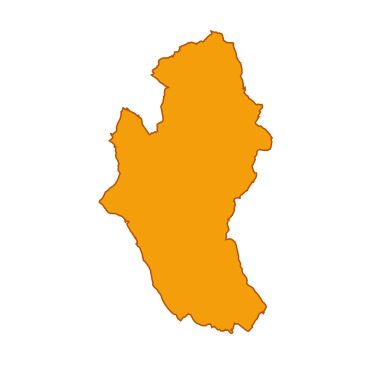 the district of Cepari, Arges, Romania, rotated 74°
{"feature_id": "2599482B57703941239263", "entity_name": "Cepari", "entity_type": "district", "adm_level": 2, "iso_a3": "ROU", "parent_name": "Romania", "parent_adm1": "Arges", "projection": "robinson", "projection_center": [24.502, 45.211], "detail": "fine", "context": "isolated", "style": "filled", "palette": "amber", "viewbox_px": 384, "rotation_deg": 74, "n_neighbors": 0, "source": "geoboundaries", "source_scale": "gbopen_adm2", "svg_char_len": 6002}
<svg xmlns="http://www.w3.org/2000/svg" viewBox="0 0 384 384"><g transform="rotate(74 192 192)"><path d="M312.7,238.3L310.2,235.1L310.2,233.1L308.1,229.3L309.6,227.1L313.8,226.3L316.8,225.3L319.6,223.5L323.5,218.5L323.9,216.6L324.4,215.6L323.8,214.5L323.6,212.5L324.2,210.6L326.1,210.3L327.8,210.3L327.3,207.8L331.8,205.0L331.8,203.2L333.5,202.6L334.4,199.6L333.2,197.8L334.5,197.3L334.4,196.5L334.2,196.2L334.2,195.7L337.9,194.0L338.8,193.0L338.4,191.9L337.8,191.4L337.0,191.4L336.1,191.8L335.5,192.5L334.9,192.5L334.7,192.0L335.2,191.1L334.8,190.3L329.9,187.4L331.1,186.4L331.2,184.3L340.6,177.4L341.4,176.0L338.5,171.1L337.1,171.4L335.6,169.1L332.9,166.5L331.9,164.4L327.5,160.8L327.4,159.7L326.7,158.0L328.5,157.1L327.5,155.9L326.9,156.3L326.3,156.1L326.0,155.1L322.8,152.1L319.0,153.0L316.5,154.8L314.9,154.8L308.4,157.0L305.5,158.6L301.0,159.9L296.9,163.8L294.9,164.6L292.4,163.5L289.6,163.3L286.5,164.4L284.6,165.5L282.3,165.8L279.6,165.0L278.4,165.6L276.7,166.0L274.3,165.0L269.7,165.9L267.1,165.0L255.1,164.2L251.6,164.7L248.9,166.6L247.5,168.3L247.0,172.8L244.0,171.1L241.8,170.9L241.1,170.2L238.6,166.9L232.3,167.0L228.1,164.6L228.6,164.3L228.4,164.3L227.2,163.0L226.7,162.0L226.4,161.1L225.7,160.6L225.5,159.9L225.3,159.9L224.9,159.3L224.4,159.2L224.1,158.7L221.6,156.4L220.3,156.2L218.4,155.6L217.0,154.3L215.7,153.6L215.0,154.1L212.7,153.5L212.3,154.5L210.5,153.2L209.8,151.3L210.3,149.1L211.1,148.2L211.2,147.5L209.8,147.6L208.2,145.5L208.2,144.5L206.2,140.6L205.7,138.5L203.3,136.3L199.0,131.3L199.5,130.3L197.4,128.6L195.7,126.6L193.3,125.1L191.5,124.9L191.1,126.3L189.7,126.9L184.1,127.3L183.1,126.9L182.1,125.5L178.3,122.3L176.2,122.4L174.0,119.5L172.3,118.8L171.3,118.7L170.0,117.3L169.8,115.0L171.6,112.0L172.7,107.7L172.4,105.4L170.9,103.9L169.5,103.4L168.8,102.8L165.6,101.5L162.7,101.3L162.4,100.1L157.3,101.6L153.8,103.3L151.2,104.8L150.5,105.8L147.4,107.8L147.3,109.6L143.6,112.2L142.5,111.8L138.2,106.8L137.8,107.7L137.0,107.4L134.0,104.0L132.7,104.9L131.8,103.8L130.4,101.3L128.7,100.4L127.2,100.7L126.7,103.2L125.8,104.0L126.0,105.2L125.6,106.3L120.5,109.0L118.1,111.1L116.5,111.7L115.1,111.8L114.2,113.0L112.0,113.9L111.3,114.7L109.9,113.9L108.5,112.6L106.0,112.3L107.4,114.1L106.5,114.6L105.7,113.5L104.3,113.8L103.3,113.2L100.7,112.8L100.1,113.0L98.8,112.6L94.0,113.5L91.6,111.3L87.8,110.2L81.2,109.8L80.8,110.5L76.1,111.7L74.1,111.9L71.1,111.3L64.6,112.0L61.9,111.8L60.6,111.0L59.4,112.3L59.7,112.7L57.7,117.7L56.2,118.7L55.0,120.0L54.5,120.1L53.9,119.6L53.5,119.5L52.9,119.7L49.5,119.6L48.1,120.1L47.8,120.7L46.7,121.8L46.7,123.1L46.5,123.6L46.0,124.0L45.2,124.3L44.8,125.0L44.9,125.7L44.8,126.2L42.6,129.4L45.0,129.2L45.4,129.4L45.8,130.0L45.8,131.1L46.8,132.9L46.7,133.0L47.3,134.5L48.0,135.4L48.7,136.0L48.8,136.9L50.7,140.0L50.6,140.5L49.6,141.3L49.5,141.6L49.5,142.9L50.1,144.0L50.6,146.8L51.0,147.2L50.1,147.5L49.9,148.2L48.7,149.8L48.0,151.2L47.8,151.8L48.1,153.0L47.6,154.6L48.6,157.5L48.7,160.1L48.6,161.2L49.1,162.2L49.4,164.0L49.8,164.3L51.8,164.4L52.1,165.6L53.2,166.0L53.3,166.8L52.7,170.2L54.6,170.9L55.2,171.6L55.4,172.5L56.5,172.6L56.8,172.8L56.4,173.6L55.6,174.3L56.1,174.9L56.2,175.7L55.9,176.3L56.7,178.1L56.1,178.9L56.1,180.1L55.6,181.2L55.6,181.8L55.3,182.5L55.4,184.6L55.8,186.1L56.1,187.0L56.8,188.0L60.0,188.7L60.8,189.2L61.3,189.9L61.5,190.9L62.4,191.3L62.7,191.6L63.1,192.9L63.1,193.8L63.6,195.0L63.8,195.7L64.3,196.5L65.3,196.8L66.0,196.6L66.8,195.8L67.3,195.8L68.1,196.9L68.3,198.7L68.8,198.5L72.8,195.0L74.7,193.8L77.1,192.8L78.2,192.1L79.8,190.3L81.6,189.3L82.8,188.3L84.0,187.0L84.7,185.7L84.9,185.6L85.2,186.4L85.0,188.3L85.7,189.5L87.1,190.3L89.1,191.1L91.7,191.8L92.0,192.1L92.2,192.7L92.5,193.0L93.9,193.3L95.1,194.0L97.6,195.0L101.0,198.2L101.7,198.4L106.1,198.6L110.3,199.2L112.0,199.2L114.2,199.8L115.4,200.3L116.0,201.1L116.7,204.8L117.5,206.9L117.9,207.1L120.4,207.5L122.5,208.3L124.0,208.3L124.4,209.2L124.7,209.9L123.9,210.8L124.6,212.8L124.6,213.7L124.1,214.4L124.5,215.4L125.3,216.6L125.2,217.1L113.8,221.0L112.5,221.1L108.9,220.5L107.7,220.5L106.8,220.9L106.0,222.2L105.3,222.2L104.4,223.1L104.0,222.8L104.0,222.2L103.7,222.3L103.3,222.7L103.3,223.7L101.9,225.0L101.5,225.2L101.2,225.0L99.7,226.4L99.7,227.0L99.3,227.2L97.8,228.6L97.1,229.7L96.2,229.8L96.0,230.6L95.5,230.5L95.2,231.5L95.1,231.4L95.2,230.8L94.9,230.6L94.3,230.8L93.5,231.5L93.4,231.8L94.5,232.2L94.6,232.6L93.9,233.5L92.1,235.0L94.0,236.4L94.9,236.6L95.1,237.8L95.3,238.1L96.1,238.3L96.9,238.2L97.7,238.9L98.5,238.9L102.1,241.1L106.4,245.2L107.5,245.7L108.5,246.6L111.1,247.2L112.3,247.6L113.2,248.5L113.4,249.8L113.6,250.4L114.9,252.0L114.7,252.5L113.8,253.4L113.6,253.7L113.7,254.0L114.6,254.0L116.9,253.0L117.6,253.1L118.1,253.9L118.6,254.1L119.1,254.8L119.4,256.2L120.0,257.3L121.1,256.4L122.3,255.1L124.5,253.8L125.7,253.5L127.2,254.3L127.4,254.0L127.4,253.0L127.6,252.8L128.4,253.3L129.4,253.3L131.1,254.2L132.2,254.3L133.0,254.0L133.7,254.0L135.8,255.4L138.4,255.4L141.7,254.5L143.4,254.7L144.8,254.3L145.3,254.6L146.4,255.9L148.4,255.9L149.8,256.8L151.3,257.0L153.6,256.0L154.4,256.1L159.2,259.6L163.0,263.4L164.6,266.3L165.8,270.1L166.9,271.8L167.5,273.0L167.9,274.2L168.1,275.2L170.8,277.4L172.8,279.2L174.2,281.3L174.7,282.9L176.3,283.9L180.1,281.2L183.4,280.3L188.6,278.2L190.1,276.2L191.9,271.1L195.0,267.9L195.1,267.0L196.4,265.8L200.6,263.7L201.4,264.5L202.8,264.0L202.0,263.3L202.9,260.8L204.3,262.3L204.7,263.3L205.1,263.4L207.2,263.1L210.8,262.2L213.2,261.8L214.1,261.2L220.2,259.4L220.1,258.9L220.9,258.6L221.1,259.0L224.1,258.2L225.5,258.9L226.5,258.9L226.6,260.0L227.3,259.5L228.9,259.3L230.6,257.9L231.8,257.4L235.4,257.2L237.7,256.9L242.4,257.5L244.6,257.4L244.6,257.2L247.0,255.9L249.1,255.1L252.2,254.1L254.4,253.9L255.2,253.5L266.5,254.6L268.5,254.4L269.5,255.0L270.7,255.3L272.6,254.7L276.8,252.2L279.7,251.6L280.6,251.0L283.0,250.2L284.9,250.3L287.4,250.1L291.3,249.3L297.8,247.0L301.9,244.9L303.7,243.8L304.7,242.5L305.6,241.0L309.5,240.6L311.6,239.3L312.7,238.3Z" fill="#f59e0b" stroke="#b45309" stroke-width="1.5"/></g></svg>